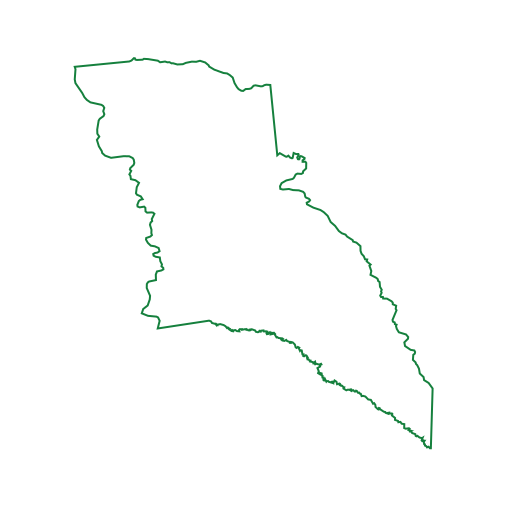 Eirunepé, Amazonas, Brazil (Natural Earth projection), rotated 264°
{"feature_id": "56859067B78365378288365", "entity_name": "Eirunepé", "entity_type": "district", "adm_level": 2, "iso_a3": "BRA", "parent_name": "Brazil", "parent_adm1": "Amazonas", "projection": "natural_earth1", "projection_center": [-70.397, -7.041], "detail": "fine", "context": "isolated", "style": "outline", "palette": "green", "viewbox_px": 512, "rotation_deg": 264, "n_neighbors": 0, "source": "geoboundaries", "source_scale": "gbopen_adm2", "svg_char_len": 6105}
<svg xmlns="http://www.w3.org/2000/svg" viewBox="0 0 512 512"><g transform="rotate(264 256 256)"><path d="M105.8,417.8L111.7,414.4L115.0,410.2L118.1,410.0L122.0,406.6L126.9,406.3L130.6,404.9L132.0,403.8L133.5,403.6L136.3,401.2L141.3,402.1L142.3,403.7L143.9,404.2L145.5,403.6L146.5,400.0L150.9,394.8L154.6,394.5L157.8,398.5L159.5,398.9L162.3,397.0L165.2,390.1L168.8,388.4L171.6,387.9L173.0,388.6L173.7,387.0L175.4,387.0L176.4,385.3L178.2,385.1L187.4,390.1L188.8,389.4L191.9,390.2L193.7,387.0L195.4,387.1L196.8,386.1L199.9,381.8L200.4,378.0L202.0,377.9L202.1,376.1L203.6,375.4L206.3,377.1L207.8,376.7L209.3,377.5L212.4,376.1L217.2,376.2L218.5,374.8L220.2,374.7L221.6,373.5L225.3,367.9L229.0,369.1L234.5,367.8L235.5,369.1L239.1,365.5L240.9,366.2L241.3,364.1L244.5,363.2L247.2,361.2L250.2,360.5L254.9,360.9L258.8,357.3L260.2,354.1L261.7,353.8L265.8,348.6L267.9,347.3L269.6,343.8L272.2,341.0L277.7,337.8L282.0,333.8L288.4,331.5L292.5,328.0L295.0,324.9L298.1,318.1L302.1,312.1L303.7,312.0L304.7,314.6L305.9,315.6L307.4,314.6L308.8,311.9L309.8,311.2L313.1,310.9L314.9,309.6L316.8,305.5L317.7,299.7L319.2,295.8L319.3,289.7L320.2,287.2L322.9,287.2L325.8,289.1L328.0,294.1L328.8,300.5L329.8,301.9L332.9,304.0L333.6,305.8L332.9,309.6L333.6,311.3L335.3,311.7L337.8,315.0L343.3,315.7L344.6,315.0L344.8,312.2L346.2,312.3L347.5,314.4L348.4,314.6L350.3,311.9L350.7,310.9L350.2,310.0L348.1,309.4L347.6,308.8L347.9,307.8L349.7,307.3L352.1,309.0L353.0,308.8L353.2,306.5L354.5,304.2L349.7,302.7L349.4,302.0L350.3,300.2L352.4,298.7L351.5,296.9L351.8,295.9L355.8,290.4L353.9,287.7L424.6,288.1L425.3,284.1L425.0,282.1L424.2,280.4L424.2,278.6L425.8,273.3L425.6,271.4L423.3,268.8L422.9,266.9L423.1,263.1L421.5,260.5L421.9,258.6L423.8,256.1L425.9,254.7L430.3,252.7L435.9,251.5L438.8,248.7L440.6,246.3L441.4,242.8L445.7,234.0L449.3,229.2L450.5,228.9L453.8,225.7L456.0,220.7L455.4,216.8L456.0,212.5L455.4,206.4L454.4,203.3L454.7,197.8L456.4,193.5L456.4,192.2L457.8,190.2L457.9,188.1L458.9,185.9L458.7,180.9L460.5,178.8L463.1,169.3L463.8,165.1L463.1,163.8L463.4,158.1L463.9,156.6L465.3,156.2L465.5,155.2L463.4,152.6L462.7,150.3L463.1,95.5L460.6,96.0L450.6,94.2L446.8,94.5L436.3,100.2L431.8,102.0L428.9,104.1L426.1,107.4L422.5,118.1L421.2,119.7L419.2,120.6L416.0,119.2L412.9,120.0L411.1,119.0L408.8,115.0L407.2,113.7L398.4,111.3L394.2,111.0L391.1,112.6L388.1,109.9L381.5,111.2L376.4,113.6L374.5,113.8L371.6,116.4L368.8,122.1L369.1,134.8L368.4,140.4L366.3,143.6L364.6,144.5L361.3,144.7L359.5,143.9L356.6,140.2L355.1,139.6L353.7,140.8L350.4,138.6L348.9,139.5L345.5,139.6L344.0,144.0L341.0,147.3L336.9,144.6L330.9,143.2L329.4,144.0L327.3,147.7L324.3,149.2L324.0,146.9L322.9,145.2L319.2,143.3L317.6,143.4L316.5,145.4L316.8,149.9L315.5,151.0L311.9,150.8L310.5,152.2L310.3,156.4L309.9,158.1L308.6,159.4L303.6,156.2L301.6,156.4L300.3,154.7L298.1,153.8L293.0,154.8L289.6,154.3L287.7,154.7L286.4,153.0L285.4,148.7L283.8,148.3L280.4,149.8L277.3,152.4L276.2,156.4L274.1,160.0L270.9,160.6L269.7,158.4L269.5,155.7L268.7,154.0L267.0,154.2L265.7,156.2L264.6,160.2L260.8,160.3L257.5,161.6L255.6,160.9L253.9,162.5L252.4,162.5L251.5,160.4L251.0,155.9L248.0,154.4L242.5,154.0L241.8,147.0L241.1,145.7L239.5,144.5L235.6,144.0L227.5,146.5L223.9,145.8L218.1,143.1L215.1,138.3L210.9,136.4L207.8,142.3L206.1,150.7L205.1,152.2L201.6,153.4L194.2,150.7L196.6,202.6L195.6,204.5L194.0,205.2L192.7,208.5L191.6,209.3L192.4,209.5L191.3,210.7L191.8,211.0L192.0,213.3L190.7,216.6L189.3,218.4L187.4,219.6L187.9,220.4L187.5,221.1L186.7,221.1L186.3,222.2L185.7,221.8L184.4,223.4L185.0,224.4L184.6,224.9L183.8,224.5L183.5,225.5L184.4,225.8L184.5,227.7L183.3,229.2L182.8,231.6L184.2,231.4L184.9,232.1L184.7,234.4L184.1,234.4L184.4,237.7L183.7,238.5L184.2,239.0L182.9,240.5L182.6,242.1L182.8,242.7L183.5,242.4L183.6,244.1L182.0,247.4L180.7,247.9L180.0,249.8L180.1,250.7L181.2,251.6L180.3,252.8L181.2,253.3L181.2,255.7L180.2,255.8L180.0,258.5L179.6,259.4L178.7,259.2L179.2,258.5L178.3,258.4L178.0,259.1L177.7,258.5L177.1,258.7L177.2,259.9L178.0,260.2L178.7,261.7L177.1,262.0L178.2,263.1L178.0,263.7L176.6,263.2L176.8,264.9L177.7,264.9L177.8,265.8L176.3,266.9L175.7,266.6L172.9,267.9L173.1,268.7L172.1,269.8L171.3,273.6L170.8,274.1L170.0,272.6L169.2,273.4L168.6,275.4L169.4,277.3L168.2,278.0L166.9,280.7L166.1,280.6L165.9,281.6L166.8,281.9L166.2,283.5L163.9,285.4L161.0,285.9L160.3,286.8L161.2,288.1L160.3,289.4L159.8,288.9L157.1,289.8L157.7,290.3L157.3,291.6L153.4,291.9L153.2,293.0L151.7,292.5L151.2,293.3L152.1,295.2L151.6,295.9L149.6,296.8L149.3,296.1L147.8,296.4L147.7,297.5L146.6,298.1L146.3,299.2L145.4,298.8L144.5,301.5L143.4,301.8L144.7,303.7L143.9,303.8L143.2,302.9L142.1,303.5L142.5,304.9L141.4,307.4L142.0,309.4L141.3,309.7L140.8,308.2L139.4,308.2L138.1,305.4L134.8,306.4L133.0,305.5L132.0,306.8L133.2,306.9L132.4,309.0L131.6,309.0L131.2,308.2L129.8,309.7L128.9,309.3L128.2,309.4L128.0,310.3L125.6,310.1L125.1,310.6L125.0,311.5L126.1,311.9L123.7,312.8L124.2,313.3L124.0,314.8L123.3,315.2L122.1,318.0L122.8,317.5L123.1,318.6L122.9,319.4L121.9,319.9L124.0,321.1L122.5,322.9L120.0,323.2L120.4,325.7L119.8,326.1L118.9,325.8L118.5,326.4L119.0,326.7L118.0,327.2L117.9,328.2L116.5,329.1L116.2,330.0L115.0,329.2L113.0,331.8L113.5,333.5L112.9,335.4L113.5,335.8L113.4,336.6L112.1,336.4L111.7,337.0L112.4,337.6L112.4,338.7L110.9,339.9L110.8,340.9L111.6,341.4L111.3,342.1L109.2,343.3L109.3,344.4L108.3,344.8L108.0,345.8L105.6,346.4L105.7,347.9L104.8,350.1L101.6,352.6L100.9,355.2L96.8,357.0L97.3,358.1L95.6,359.1L93.4,359.1L90.9,361.2L90.6,361.8L92.0,362.4L91.7,363.1L90.7,363.3L87.8,366.8L87.3,368.3L86.5,368.5L85.4,370.8L86.2,370.8L86.3,372.2L85.3,372.1L85.2,374.7L84.7,375.1L83.2,374.5L80.4,377.4L78.5,377.1L77.1,380.0L75.8,380.2L75.9,382.3L74.0,383.3L73.3,385.9L69.4,385.4L68.6,386.8L68.7,390.1L68.1,390.7L67.0,389.6L66.2,391.4L66.1,390.5L65.4,390.6L65.1,392.2L63.6,392.8L62.2,395.8L60.4,396.0L59.9,396.7L60.3,397.7L58.4,399.6L57.5,402.1L57.8,402.7L56.0,401.8L55.6,402.5L55.2,401.6L54.5,402.0L54.5,404.2L53.5,403.4L51.3,403.6L51.0,404.3L49.8,404.2L49.1,405.5L47.8,406.1L48.3,407.7L46.6,408.9L46.5,409.8L105.8,417.8Z" fill="none" stroke="#15803d" stroke-width="2"/></g></svg>